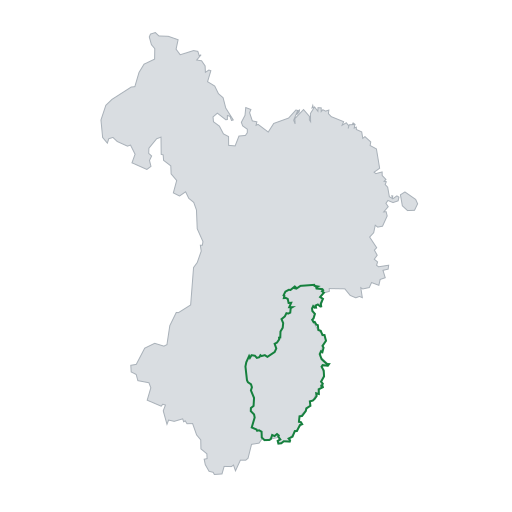 Xizang highlighted on a map of China, rotated 272°
{"feature_id": "CHN-1662", "entity_name": "Xizang", "entity_type": "Autonomous Region", "adm_level": 1, "iso_a3": "CHN", "parent_name": "China", "parent_adm1": "", "projection": "robinson", "projection_center": [89.0, 31.884], "detail": "medium", "context": "in_parent", "style": "outline", "palette": "green", "viewbox_px": 512, "rotation_deg": 272, "n_neighbors": 0, "source": "natural_earth", "source_scale": "10m", "svg_char_len": 5558}
<svg xmlns="http://www.w3.org/2000/svg" viewBox="0 0 512 512"><g transform="rotate(272 256 256)"><path d="M300.6,385.7L290.2,381.4L289.1,376.6L290.9,374.1L283.4,372.8L278.9,368.9L268.5,376.3L266.0,374.1L261.0,377.1L256.9,374.3L254.3,377.7L250.9,376.8L249.5,378.9L251.4,388.9L247.5,388.5L246.1,383.4L238.8,385.9L236.9,380.9L231.0,379.8L233.5,372.4L228.4,370.3L226.8,363.8L228.0,361.8L218.1,363.7L219.2,360.8L217.7,357.2L219.9,351.5L226.3,345.9L226.0,330.3L223.2,330.5L221.5,325.1L218.0,321.8L215.5,324.4L207.4,322.6L209.6,319.4L208.5,316.8L206.2,318.0L207.8,315.0L205.3,313.2L200.3,316.9L194.3,314.4L183.8,320.7L179.3,326.9L173.9,328.9L168.4,325.7L157.7,323.7L149.9,332.6L147.8,325.6L140.0,328.1L132.1,325.5L130.5,327.1L128.4,325.4L127.3,327.2L124.9,323.9L120.5,323.5L120.9,321.0L113.7,318.1L112.7,315.3L108.7,315.6L96.9,305.1L92.1,305.1L89.6,307.8L74.5,295.3L71.8,296.2L71.8,290.3L69.3,285.1L75.6,285.3L72.3,271.5L74.2,268.8L69.1,265.6L67.6,258.1L53.6,255.1L51.6,252.9L51.4,247.5L40.6,243.0L46.3,240.8L44.7,238.8L44.6,231.5L37.0,229.6L36.2,222.0L38.3,220.8L39.2,216.6L45.7,212.6L51.1,211.3L51.8,214.2L56.6,213.8L61.3,207.7L70.3,207.2L75.1,202.9L86.3,198.5L86.0,192.9L88.8,191.0L87.8,189.5L90.7,188.4L87.9,180.0L89.0,174.4L84.7,172.9L98.0,168.7L103.9,170.7L104.6,168.0L102.6,166.5L108.1,152.3L120.6,155.5L125.6,153.4L127.3,142.3L133.4,140.4L135.8,135.3L142.4,134.7L143.5,140.1L160.0,148.0L165.2,157.8L162.7,167.1L164.3,170.1L183.4,172.3L196.8,178.3L196.7,180.5L204.8,192.4L242.3,194.0L247.4,197.5L259.0,201.1L264.8,200.0L264.9,202.0L268.5,202.5L281.2,196.3L299.9,194.9L307.4,191.9L311.3,186.8L317.7,183.4L313.3,177.5L316.2,171.2L328.7,174.1L335.1,168.3L343.1,167.7L348.4,160.3L353.8,159.7L354.3,157.7L371.5,156.9L369.7,152.6L360.0,145.2L354.8,145.2L352.3,148.2L347.8,146.2L341.9,147.9L338.7,143.9L344.8,128.8L353.5,131.6L362.5,126.7L361.3,123.7L365.6,113.3L369.5,108.9L368.1,104.8L363.6,103.5L369.1,98.6L386.5,96.3L401.4,100.7L407.5,106.6L420.5,125.4L421.0,129.0L435.4,132.7L443.8,137.4L449.2,147.8L459.7,147.6L463.6,144.1L471.2,141.7L474.1,142.8L475.8,147.6L472.5,151.3L472.5,160.7L469.4,170.6L459.9,168.9L454.5,173.2L459.1,186.4L458.5,190.7L454.1,192.3L455.2,194.1L449.8,189.9L449.2,194.8L444.2,198.5L437.8,199.0L440.2,202.4L439.6,204.4L428.5,201.5L424.4,208.8L416.9,212.8L413.0,217.6L402.8,220.6L391.2,228.5L390.6,226.8L394.7,225.1L395.4,222.5L391.4,222.6L391.1,221.1L397.4,212.4L393.5,208.2L388.7,208.8L384.5,214.9L376.9,219.2L374.4,224.4L365.6,224.8L365.3,231.3L375.3,234.8L376.1,241.2L378.9,243.0L382.4,242.9L385.6,238.1L389.1,236.7L396.2,240.1L404.0,240.6L402.2,245.8L399.0,244.6L390.9,247.6L390.1,252.2L386.6,251.5L387.6,253.5L380.3,263.9L389.1,269.1L395.0,283.8L403.3,290.8L402.9,292.6L393.0,288.9L389.4,290.5L394.6,290.0L404.0,298.4L397.4,304.5L393.9,304.6L392.1,305.9L400.3,305.4L407.0,309.3L402.8,312.8L406.4,312.8L406.3,316.0L402.6,316.1L404.5,317.7L403.2,320.5L404.4,323.7L400.8,323.4L397.9,326.3L393.3,338.9L389.7,337.5L392.3,341.6L389.2,344.2L386.6,343.6L390.4,344.6L390.8,350.2L387.3,349.7L388.3,351.7L385.9,351.9L383.7,357.3L377.3,358.6L379.1,360.7L374.0,366.7L370.4,366.2L367.2,372.6L348.0,376.5L343.9,371.1L342.5,372.9L344.4,379.1L340.8,379.3L337.0,383.2L335.1,381.4L334.8,383.6L331.9,382.6L329.3,385.2L319.9,387.2L318.0,390.8L321.0,394.7L319.8,396.8L316.1,396.1L314.2,391.1L316.1,385.9L313.2,384.0L309.9,386.4L304.5,382.1L304.8,384.5L300.6,385.7ZM322.2,398.2L325.2,402.6L318.1,413.6L313.8,415.7L307.2,412.8L306.7,405.8L311.3,400.5L322.2,398.2ZM403.9,294.5L401.2,294.0L398.6,291.6L400.6,292.1L403.9,294.5ZM408.4,307.5L406.5,308.0L405.9,306.8L408.4,307.5ZM392.4,348.4L391.4,349.8L391.5,348.0L392.4,348.4ZM319.0,390.3L320.9,389.6L320.8,390.6L319.0,390.3Z" fill="#d9dde1" stroke="#a8b0b8" stroke-width="1"/><path d="M73.6,277.2L72.6,275.7L72.3,270.9L74.8,268.1L80.6,267.7L81.9,265.2L81.4,263.2L82.6,262.6L84.5,257.7L94.5,260.3L97.6,259.6L100.8,256.2L103.9,256.2L106.1,258.8L114.1,259.0L121.5,255.6L124.7,256.5L127.6,255.5L129.6,252.3L131.6,251.3L145.2,249.3L149.5,250.0L155.8,252.6L154.0,253.5L156.7,255.0L156.3,258.4L154.2,260.4L155.0,262.9L157.0,263.9L156.2,265.0L157.2,268.3L155.6,270.9L160.7,278.0L164.3,279.5L168.9,277.7L170.2,280.0L173.5,282.1L175.2,281.9L175.4,283.1L181.4,283.1L185.2,285.2L189.9,285.5L193.8,283.7L196.6,286.9L199.9,288.4L199.6,290.3L200.6,292.2L205.1,292.5L206.1,294.1L206.0,291.0L210.5,292.8L210.2,290.2L214.2,289.2L215.1,287.3L214.9,285.3L217.0,285.8L217.6,284.9L221.4,286.6L223.4,290.0L223.2,291.6L226.9,295.8L226.0,296.9L225.1,296.1L224.8,297.5L227.7,301.5L229.2,315.2L228.2,315.5L227.7,318.9L226.7,317.3L225.6,317.6L225.2,323.5L224.2,324.3L223.1,323.2L221.7,325.1L217.2,321.5L215.5,324.4L210.7,322.4L208.0,322.9L207.8,322.0L209.7,319.5L208.6,317.3L206.6,317.8L206.4,316.3L207.9,314.9L205.6,313.9L203.0,314.2L200.2,316.9L195.6,315.7L194.2,314.4L191.8,315.9L192.2,317.0L189.5,318.7L189.0,320.2L184.3,320.9L183.5,323.3L179.3,325.2L179.4,327.2L173.7,328.9L168.5,325.6L166.7,326.7L162.2,325.7L163.1,324.3L160.2,323.1L155.1,325.2L150.5,330.7L150.5,332.7L148.8,331.6L149.3,326.4L147.7,325.4L143.8,327.7L138.0,328.2L132.7,325.4L130.7,327.2L128.9,326.4L128.6,325.0L128.2,327.1L127.2,327.4L125.0,323.3L120.3,323.6L120.9,321.0L118.2,321.5L115.4,319.7L113.5,317.8L112.6,314.9L108.2,315.6L105.5,311.6L102.9,311.2L97.7,307.6L97.3,305.1L91.8,304.7L91.5,306.7L89.5,308.0L88.6,305.8L82.5,303.0L82.4,300.9L76.7,298.8L74.7,295.0L73.0,296.5L71.7,296.2L71.8,290.2L69.7,287.8L69.3,284.9L72.0,284.1L73.5,286.7L76.4,284.5L77.4,285.0L78.8,283.2L76.7,280.8L77.7,278.4L73.6,277.2Z" fill="none" stroke="#15803d" stroke-width="2"/></g></svg>